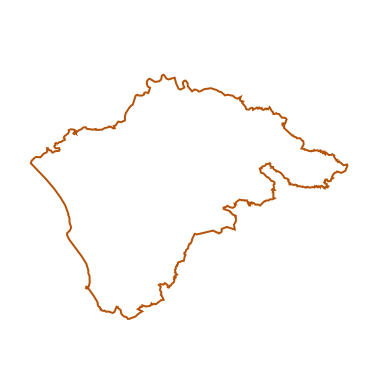 the district of Actopan, Veracruz, Mexico, rotated 174°
{"feature_id": "50627088B39480353913545", "entity_name": "Actopan", "entity_type": "district", "adm_level": 2, "iso_a3": "MEX", "parent_name": "Mexico", "parent_adm1": "Veracruz", "projection": "albers", "projection_center": [-96.592, 19.561], "detail": "fine", "context": "isolated", "style": "outline", "palette": "amber", "viewbox_px": 384, "rotation_deg": 174, "n_neighbors": 0, "source": "geoboundaries", "source_scale": "gbopen_adm2", "svg_char_len": 5991}
<svg xmlns="http://www.w3.org/2000/svg" viewBox="0 0 384 384"><g transform="rotate(174 192 192)"><path d="M297.1,88.2L295.6,86.9L295.3,84.9L294.7,84.9L294.6,84.0L292.6,83.0L291.4,83.2L290.3,82.0L287.3,81.8L283.6,80.0L281.7,80.8L279.0,85.8L277.9,85.5L277.7,84.3L275.4,82.2L275.0,78.3L274.4,77.3L272.6,75.3L270.1,74.4L269.1,72.5L267.7,72.4L261.1,74.1L258.5,76.2L254.0,78.5L258.1,81.1L255.9,82.4L255.4,83.3L254.3,82.9L253.5,83.3L253.3,84.5L250.1,83.0L246.5,83.0L245.5,83.2L243.9,85.3L243.4,84.1L241.5,84.8L239.8,84.1L234.1,87.6L231.5,87.8L233.0,92.3L233.8,93.0L232.9,95.3L234.1,97.8L233.0,101.0L234.6,103.1L233.3,103.7L230.0,102.9L228.5,104.2L226.0,102.0L226.1,99.8L224.8,99.4L223.9,101.1L222.7,101.3L222.2,102.3L219.4,104.3L218.8,105.9L219.2,107.2L218.1,107.7L218.8,109.2L218.4,109.6L217.1,109.2L217.2,110.8L215.5,111.4L217.3,113.7L216.8,114.2L217.1,116.4L216.3,117.0L215.9,119.3L214.4,120.0L214.4,121.4L213.5,121.9L213.3,123.2L212.4,123.7L211.3,123.6L209.4,124.5L207.3,124.4L206.1,128.4L205.0,130.1L205.1,130.6L206.0,130.8L206.0,132.3L204.9,132.8L203.7,135.1L201.8,136.3L201.0,139.3L200.3,139.8L200.0,140.8L198.8,140.9L197.4,143.1L196.8,145.1L193.7,150.1L191.5,149.3L175.0,151.4L171.1,148.9L170.5,149.0L169.5,148.0L167.1,149.0L166.4,150.5L166.4,152.1L161.0,153.6L153.4,150.2L153.7,155.0L151.3,158.6L151.0,163.4L151.7,163.3L151.7,164.2L154.1,165.5L155.3,167.6L156.0,167.7L156.4,169.1L162.3,171.8L162.3,173.1L161.1,173.6L160.2,173.3L158.2,174.6L155.9,172.9L153.3,172.0L151.4,172.6L150.8,173.3L150.8,174.7L150.0,174.8L150.5,175.7L149.8,175.5L150.0,176.0L149.3,177.2L145.3,179.5L143.0,178.5L141.3,178.6L140.6,177.9L138.3,178.0L136.7,172.8L135.8,172.6L136.6,175.7L135.5,175.3L135.4,173.8L134.0,175.3L133.6,174.6L133.4,175.1L131.8,174.6L130.3,172.8L127.4,172.6L125.8,171.4L120.8,175.3L120.1,175.2L119.2,175.8L116.8,175.6L115.1,176.6L112.9,176.3L110.4,177.1L111.7,178.3L111.1,182.4L111.6,182.9L111.2,183.2L111.3,184.2L112.3,185.8L111.8,186.3L110.7,185.1L109.5,185.3L110.5,186.7L110.0,188.1L110.2,190.4L110.0,191.0L109.0,191.3L108.9,192.9L109.6,193.8L112.4,195.1L112.8,196.4L114.7,198.6L116.0,199.1L119.0,203.1L121.3,203.9L122.0,207.6L122.1,208.1L121.4,208.1L121.2,208.6L120.2,208.3L119.7,209.8L116.4,210.6L115.2,212.0L113.3,211.9L111.7,212.6L111.1,211.7L111.4,209.7L110.7,208.8L109.3,208.5L109.8,208.0L109.0,208.1L108.3,206.1L105.6,204.1L105.9,203.7L105.3,203.4L104.3,203.6L101.8,201.8L99.7,199.0L98.7,196.5L95.4,195.0L94.5,193.7L95.2,193.1L94.7,191.7L93.6,190.8L94.3,190.0L94.2,189.3L92.2,189.3L89.6,188.2L88.6,188.6L87.0,187.9L86.7,186.6L85.1,186.7L81.8,185.6L81.4,185.9L78.4,184.4L78.1,184.9L76.4,185.1L76.1,184.5L74.2,184.1L70.5,184.3L70.0,183.8L69.3,184.7L69.1,184.1L67.6,184.2L68.0,185.5L66.5,183.7L65.8,184.4L65.4,183.8L64.7,184.1L64.0,183.1L63.5,184.1L62.5,184.6L61.1,183.6L61.0,183.0L59.8,182.7L60.1,182.1L59.4,181.6L58.0,183.4L56.6,182.4L56.0,183.4L57.0,183.5L57.3,186.0L58.3,186.2L59.6,187.7L58.6,188.3L58.6,189.4L57.9,189.6L57.9,190.4L56.5,190.3L55.5,188.3L52.8,188.6L52.4,190.2L50.2,191.1L51.3,192.1L49.7,194.7L48.0,196.2L46.6,196.4L45.6,197.2L41.4,195.4L37.3,197.0L34.7,202.0L34.8,203.1L38.6,202.8L40.9,205.5L42.5,206.3L42.5,206.8L43.7,206.8L43.6,207.4L44.8,208.0L44.3,208.8L45.4,209.0L46.3,210.7L47.1,212.7L46.7,213.5L48.5,214.9L49.4,214.3L52.1,214.5L54.6,217.2L55.5,215.6L56.1,217.0L57.7,216.8L58.1,217.4L57.2,218.3L58.4,218.2L58.9,219.1L59.9,218.5L60.2,219.9L61.8,219.4L62.9,220.4L65.2,220.3L66.2,221.1L67.2,220.1L68.5,220.4L69.0,220.0L71.7,220.7L74.2,222.2L75.5,222.2L75.8,223.0L78.6,223.8L75.9,227.8L76.1,231.1L77.1,231.7L78.8,234.1L82.1,234.5L82.6,235.5L84.7,236.4L85.5,237.5L85.7,237.2L86.8,238.1L93.8,246.1L93.4,246.8L94.1,247.6L93.3,248.9L94.1,248.7L95.1,249.3L95.0,250.6L92.0,250.9L90.3,254.3L90.8,255.2L92.1,256.2L94.8,256.5L97.4,260.5L99.4,260.9L100.0,261.6L102.3,260.8L103.0,261.1L103.1,263.0L103.9,263.6L106.0,268.2L107.5,266.4L108.9,267.1L109.6,266.5L110.3,267.3L112.2,266.2L113.4,266.6L113.9,268.2L115.4,267.7L116.4,269.0L117.8,268.0L118.5,269.2L122.7,267.4L122.6,268.9L123.9,269.5L125.8,268.9L126.5,268.0L129.0,268.4L129.7,269.4L129.8,271.1L132.8,275.3L131.6,276.6L134.3,277.7L134.7,279.0L133.6,281.5L136.9,280.1L139.1,281.1L141.2,283.4L146.5,285.0L149.0,284.6L152.7,288.5L153.9,288.7L157.0,290.9L162.2,293.2L169.0,293.0L173.5,291.2L174.9,291.3L176.4,292.9L178.7,293.7L181.4,292.1L185.1,297.4L185.0,300.9L186.9,303.5L188.2,303.3L189.7,301.9L189.5,299.0L188.6,297.1L189.0,296.5L192.4,295.2L193.7,295.4L194.6,296.3L196.4,301.5L197.3,307.5L203.7,306.4L205.7,307.6L207.1,310.6L208.3,311.6L209.9,310.8L210.9,307.0L213.3,305.5L217.3,305.4L222.2,309.0L223.6,308.7L225.4,306.5L225.6,304.1L224.9,301.5L222.8,300.1L224.8,295.4L225.3,294.9L226.4,295.7L228.4,295.8L229.3,295.3L229.4,294.1L231.7,293.1L235.3,293.6L236.1,294.4L237.9,293.8L241.8,285.0L243.3,284.4L245.5,282.5L249.7,277.2L250.8,274.2L251.2,270.2L255.2,268.9L258.1,269.7L260.9,266.3L262.8,265.9L262.1,263.6L263.6,263.4L266.1,265.5L267.7,265.7L267.7,265.3L272.1,264.7L275.0,263.4L281.0,263.8L281.1,264.7L284.1,264.4L290.0,265.8L290.9,267.5L292.7,267.6L294.0,267.2L295.1,266.1L298.1,265.2L301.5,262.9L301.3,262.0L302.0,262.6L303.0,261.9L303.8,262.5L301.5,265.2L303.0,266.4L305.6,267.0L307.5,266.7L308.1,266.5L308.0,264.9L309.1,263.2L313.2,260.6L313.8,259.4L313.0,258.1L313.1,257.0L315.1,256.6L317.4,255.3L318.4,255.5L320.9,254.2L322.1,255.0L323.1,254.3L322.9,252.9L324.1,252.1L324.1,251.0L322.9,249.7L319.6,249.5L319.2,248.0L319.8,246.9L324.3,246.8L326.2,245.7L327.1,246.2L327.9,248.0L329.7,248.4L330.8,250.7L331.5,250.8L331.8,247.8L332.5,246.5L335.2,245.8L339.2,242.3L342.6,243.1L344.3,242.9L348.2,239.9L349.3,237.5L335.7,219.9L328.8,209.8L323.0,199.5L319.5,192.0L317.2,182.8L317.5,182.4L316.6,178.8L317.0,174.6L315.9,169.4L317.4,166.5L320.4,164.2L320.8,162.5L319.2,157.8L308.5,139.7L304.6,131.7L303.3,124.9L303.6,122.0L302.7,119.3L303.2,112.7L304.5,108.9L305.1,108.4L307.0,108.9L307.5,107.5L306.6,106.9L305.2,107.0L300.6,99.0L297.4,92.1L297.6,90.4L297.1,88.2Z" fill="none" stroke="#b45309" stroke-width="2"/></g></svg>